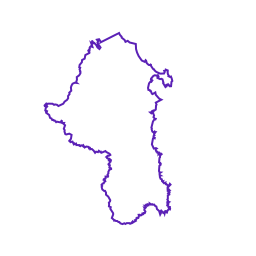 Shoalhaven, New South Wales, Australia, rotated 324°
{"feature_id": "25037944B24149747688554", "entity_name": "Shoalhaven", "entity_type": "district", "adm_level": 2, "iso_a3": "AUS", "parent_name": "Australia", "parent_adm1": "New South Wales", "projection": "robinson", "projection_center": [150.375, -35.142], "detail": "fine", "context": "isolated", "style": "outline", "palette": "violet", "viewbox_px": 256, "rotation_deg": 324, "n_neighbors": 0, "source": "geoboundaries", "source_scale": "gbopen_adm2", "svg_char_len": 5845}
<svg xmlns="http://www.w3.org/2000/svg" viewBox="0 0 256 256"><g transform="rotate(324 128 128)"><path d="M111.1,218.2L113.4,217.5L114.1,218.5L114.7,218.0L115.3,216.6L115.0,216.0L114.3,216.0L114.6,214.5L114.2,213.7L115.4,212.7L115.9,213.2L116.2,212.9L115.9,211.9L117.7,212.0L116.8,210.7L117.8,210.1L117.8,209.0L118.7,208.6L120.6,205.9L122.4,206.1L122.7,205.5L122.2,204.6L123.9,204.4L124.0,203.8L123.1,203.2L123.6,201.4L124.1,200.9L124.7,201.1L124.4,200.3L125.3,199.1L126.3,198.8L126.4,199.3L126.8,199.2L127.0,198.4L125.7,196.0L126.1,195.6L125.6,194.7L126.1,194.2L124.7,193.9L124.5,192.4L125.2,191.8L124.5,191.6L124.3,191.0L125.2,189.4L124.5,188.3L125.0,186.3L125.9,185.2L126.4,185.5L126.0,184.5L126.9,183.2L128.3,183.2L127.4,182.4L127.8,181.0L131.2,177.0L132.7,176.9L132.8,176.3L133.3,176.2L133.0,175.3L133.5,175.0L133.0,174.0L135.9,170.7L136.7,170.5L137.8,169.1L139.8,168.9L139.6,168.0L137.9,167.7L137.8,167.0L137.2,167.1L137.7,166.4L138.7,166.5L138.7,166.0L137.3,165.2L137.7,164.3L137.1,163.9L137.4,162.3L138.1,161.3L139.1,161.4L138.8,160.7L136.8,159.8L137.7,155.3L142.1,151.1L143.0,151.4L143.8,149.6L145.1,149.5L145.1,148.8L145.6,148.2L147.8,147.5L147.3,147.1L147.4,146.5L146.0,146.6L145.6,145.1L146.4,142.9L147.1,142.3L147.1,141.5L152.0,137.4L154.2,136.6L155.2,137.2L155.7,136.9L155.2,136.5L155.0,134.2L156.4,133.3L157.1,130.5L156.7,130.0L155.5,129.9L155.2,128.5L156.1,129.0L157.4,128.5L158.2,129.2L158.4,128.7L158.5,128.7L158.4,129.3L161.3,129.4L163.9,126.3L164.8,125.9L165.4,123.8L171.6,124.7L170.5,122.6L170.0,117.5L171.0,115.3L167.8,115.0L167.5,114.2L168.2,111.4L167.7,111.1L167.9,110.2L166.9,109.2L167.8,107.3L171.2,104.3L172.7,103.8L174.0,103.7L173.5,104.1L173.9,104.4L175.6,103.8L175.0,102.3L175.7,101.6L179.0,100.8L180.5,101.0L182.5,102.8L182.2,103.3L183.2,102.9L182.9,104.5L181.5,105.2L182.7,107.3L183.9,107.8L184.5,108.9L183.3,112.2L182.8,112.3L182.4,116.8L183.0,116.7L182.8,117.5L183.7,116.5L183.6,115.7L184.4,115.6L184.7,116.5L185.5,116.3L185.3,116.8L185.7,117.2L186.3,117.0L186.4,118.9L187.4,119.5L190.3,116.2L191.5,116.0L192.5,113.5L193.0,111.6L192.0,111.4L191.2,109.9L191.8,109.6L191.8,108.3L192.5,106.7L194.0,104.8L193.0,103.2L192.7,103.7L190.9,103.0L190.6,104.3L189.1,105.1L185.9,102.8L183.8,99.1L183.3,96.8L183.6,96.0L183.0,95.0L183.1,91.6L183.6,90.3L184.3,89.8L182.7,90.0L181.8,89.1L181.3,86.6L182.2,84.2L182.1,83.5L180.4,84.3L178.8,81.5L178.9,76.1L179.7,72.2L180.9,68.9L183.7,64.6L179.6,59.8L179.0,57.3L176.6,56.8L177.0,54.8L176.0,51.2L176.5,50.4L176.2,47.8L176.6,45.9L156.2,42.6L156.6,42.3L156.8,39.2L154.8,38.3L154.8,40.3L153.6,40.9L153.6,41.8L152.6,42.4L153.2,44.1L153.1,46.7L151.3,47.3L150.8,45.4L151.5,44.6L150.0,44.8L150.5,44.6L151.1,42.8L150.7,39.2L149.7,37.7L150.2,37.3L150.2,36.8L150.0,36.7L148.8,38.0L149.2,39.0L148.4,38.9L148.1,37.7L146.9,41.5L145.8,40.0L145.0,40.1L143.9,40.7L143.7,41.5L141.4,42.0L141.3,42.5L141.9,43.0L141.2,43.4L141.3,44.1L140.8,44.6L136.4,43.9L133.7,46.4L130.8,46.0L129.3,47.7L126.0,48.5L124.2,50.3L124.7,51.2L123.2,52.2L122.9,53.8L122.3,54.2L122.5,54.7L121.6,55.8L119.4,56.7L116.5,56.7L115.1,58.9L112.8,60.6L113.0,61.4L111.6,60.1L109.2,59.6L107.2,60.5L105.6,61.7L104.0,64.5L101.2,64.9L100.7,66.2L98.3,66.9L97.1,68.7L95.3,69.4L92.2,69.4L89.9,70.3L84.6,69.3L84.2,67.5L82.8,66.0L81.8,65.8L81.2,64.0L77.6,61.3L76.7,61.2L76.3,60.2L73.8,60.7L73.6,61.3L75.4,62.1L75.3,63.1L73.3,63.4L71.4,65.2L72.4,66.8L71.8,67.2L71.1,66.9L70.7,67.6L71.9,71.1L70.9,74.0L71.7,75.4L71.4,77.0L72.3,77.5L72.4,78.4L73.1,78.8L73.3,81.0L74.1,81.0L76.7,83.8L78.4,83.1L78.6,83.6L77.5,84.6L77.6,85.2L79.2,86.3L78.3,86.8L78.7,88.8L75.6,90.9L75.5,92.5L74.5,93.6L73.7,96.1L74.2,96.9L77.2,98.1L78.3,100.4L75.5,103.2L72.9,103.9L73.0,104.7L73.5,105.1L73.3,105.7L75.1,106.4L74.6,109.1L75.4,108.9L75.4,109.7L76.8,110.1L76.2,111.5L78.6,113.2L78.3,113.9L78.8,114.7L80.0,114.6L80.8,115.5L81.7,115.5L81.6,116.4L81.0,116.7L81.4,118.0L81.8,117.7L82.5,118.5L83.4,118.5L84.9,120.0L84.6,121.2L85.3,121.1L85.6,121.6L84.9,123.0L86.4,123.7L86.9,126.1L86.8,128.7L88.3,128.4L89.5,129.9L91.0,129.3L91.4,130.8L91.9,131.1L91.5,131.5L91.9,132.4L96.2,133.4L96.3,134.6L97.8,137.7L98.0,138.9L97.9,139.4L96.1,139.2L95.4,138.5L93.5,138.7L93.8,139.3L93.4,140.1L94.2,141.3L93.7,142.3L94.9,142.2L95.3,144.0L94.3,144.8L93.7,144.2L93.0,145.3L90.9,145.8L90.8,146.7L91.4,147.5L89.7,149.0L90.6,150.7L90.2,151.3L88.4,150.8L86.2,152.0L85.6,153.1L83.8,153.9L83.7,155.2L83.0,155.6L81.3,154.1L80.2,155.6L78.3,155.2L77.8,155.6L78.6,156.9L78.3,157.8L77.5,157.6L75.7,158.5L74.8,158.0L73.1,158.5L73.1,159.7L72.1,160.1L71.1,162.6L71.7,164.9L72.5,165.4L72.2,167.4L71.0,169.0L71.7,171.9L71.2,176.0L70.3,176.8L68.6,177.2L68.1,178.4L66.5,180.2L67.5,181.9L66.2,183.0L65.9,188.2L65.1,189.3L62.0,191.3L62.6,194.1L62.4,194.8L63.1,194.9L63.6,196.2L64.6,196.9L65.0,198.5L65.7,199.0L65.8,200.7L67.1,202.5L69.0,202.9L69.5,204.1L71.0,204.2L73.2,205.8L73.2,206.4L73.8,206.9L75.7,206.6L75.5,207.3L75.9,207.4L77.0,206.5L77.3,207.4L79.7,207.7L79.7,206.7L80.5,206.9L81.8,206.4L81.9,205.9L82.6,205.9L83.5,206.8L85.2,205.6L85.6,204.5L86.1,204.8L85.9,205.5L86.7,205.5L87.0,206.3L88.3,206.4L89.2,205.7L89.8,206.6L90.6,205.9L91.6,206.7L93.0,205.8L93.0,203.9L94.3,202.7L94.4,202.1L95.0,202.9L95.5,202.8L95.3,202.3L96.2,201.5L96.1,200.9L97.5,202.0L97.7,201.1L98.9,202.2L99.2,201.3L100.9,202.9L101.3,202.0L101.9,203.6L102.7,203.8L102.7,204.4L104.2,205.4L104.1,206.8L104.8,208.2L103.8,210.6L104.4,213.4L103.2,216.9L104.6,216.2L104.7,215.3L105.7,215.0L105.2,214.5L106.2,214.3L106.1,215.5L106.6,215.6L107.0,217.0L106.6,217.3L106.9,217.9L107.6,218.0L107.4,218.6L109.1,217.1L110.4,217.6L108.6,217.8L109.8,219.3L111.1,218.2ZM127.8,199.0L129.1,198.8L129.0,197.8L127.6,198.6L127.8,199.0ZM143.2,151.5L143.5,152.0L143.7,151.8L143.2,151.5ZM116.0,217.2L115.6,216.7L115.4,216.7L116.0,217.2ZM124.1,202.7L124.4,203.0L124.7,203.0L124.5,202.7L124.1,202.7Z" fill="none" stroke="#5b21b6" stroke-width="2"/></g></svg>